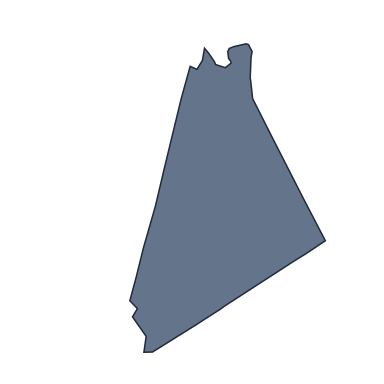 the district of Suffolk, Virginia, United States of America, rotated 327°
{"feature_id": "52423323B25569178497638", "entity_name": "Suffolk", "entity_type": "district", "adm_level": 2, "iso_a3": "USA", "parent_name": "United States of America", "parent_adm1": "Virginia", "projection": "natural_earth1", "projection_center": [-76.578, 36.74], "detail": "fine", "context": "isolated", "style": "filled", "palette": "slate", "viewbox_px": 384, "rotation_deg": 327, "n_neighbors": 0, "source": "geoboundaries", "source_scale": "gbopen_adm2", "svg_char_len": 737}
<svg xmlns="http://www.w3.org/2000/svg" viewBox="0 0 384 384"><g transform="rotate(327 192 192)"><path d="M80.6,249.4L82.7,260.0L74.1,264.3L74.9,288.1L64.4,300.2L71.7,304.7L124.4,305.6L136.9,305.6L152.2,305.7L157.7,305.4L236.6,305.5L245.1,305.6L253.0,305.8L277.3,305.5L281.8,258.7L289.2,188.0L290.8,173.5L293.7,146.8L294.3,145.5L301.8,130.7L302.8,128.3L311.6,115.8L315.0,111.1L318.9,107.0L319.6,99.2L318.1,97.1L317.9,97.1L310.2,94.3L306.4,92.9L301.4,91.9L298.5,93.7L295.4,100.0L295.7,103.4L295.0,105.2L287.7,105.9L283.4,100.7L281.2,97.9L281.8,94.9L281.6,85.2L280.8,78.2L272.3,87.4L262.9,91.8L258.9,85.6L233.6,108.0L180.7,158.0L153.3,184.2L121.4,211.9L98.4,233.4L80.6,249.4Z" fill="#64748b" stroke="#1e293b" stroke-width="1.5"/></g></svg>